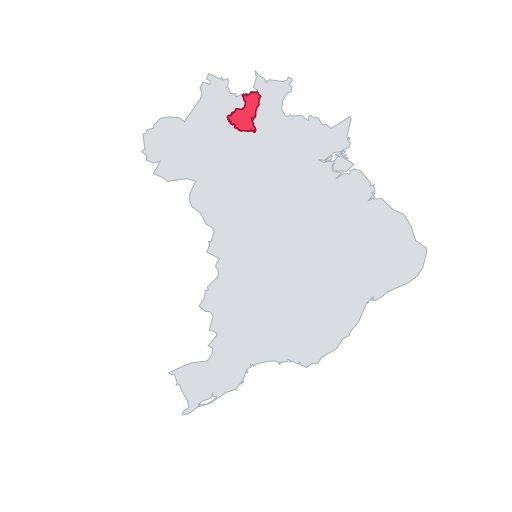 location of Barcelos, Amazonas, Brazil, rotated 26°
{"feature_id": "56859067B95046472624752", "entity_name": "Barcelos", "entity_type": "district", "adm_level": 2, "iso_a3": "BRA", "parent_name": "Brazil", "parent_adm1": "Amazonas", "projection": "robinson", "projection_center": [-63.596, -0.141], "detail": "fine", "context": "in_parent", "style": "filled", "palette": "rose", "viewbox_px": 512, "rotation_deg": 26, "n_neighbors": 0, "source": "geoboundaries", "source_scale": "gbopen_adm2", "svg_char_len": 8991}
<svg xmlns="http://www.w3.org/2000/svg" viewBox="0 0 512 512"><g transform="rotate(26 256 256)"><path d="M157.3,117.0L161.5,121.1L166.7,119.2L168.4,121.8L171.3,118.1L178.4,114.3L180.0,110.7L184.6,108.7L184.9,106.4L179.7,105.5L178.3,95.8L173.8,89.6L179.9,92.7L185.3,92.6L189.1,95.7L190.3,91.9L203.8,87.3L206.8,84.1L206.6,81.1L210.6,81.0L211.8,82.4L210.6,87.3L214.1,88.7L215.3,92.7L212.9,95.8L211.8,103.9L214.4,112.3L220.8,117.2L223.6,116.5L225.0,113.8L227.4,114.4L234.6,109.9L243.8,111.3L242.4,107.7L243.8,105.4L245.6,106.4L251.6,104.7L258.3,109.0L261.2,106.9L267.6,108.4L279.4,89.3L281.3,91.2L285.4,108.8L287.4,111.6L291.4,113.1L291.9,117.6L285.1,126.0L281.0,128.8L275.4,140.3L270.0,141.9L275.6,142.3L284.0,136.4L285.6,143.8L287.9,146.1L296.5,143.6L293.9,151.9L297.3,145.2L301.3,141.4L303.3,142.5L304.2,141.3L303.4,138.3L306.1,134.6L312.8,133.8L327.1,140.2L328.1,143.4L330.1,141.2L333.5,143.7L334.4,146.4L332.6,148.4L333.4,149.3L335.2,147.5L335.6,149.3L334.0,151.1L332.9,156.8L335.1,154.5L336.8,150.2L337.1,153.2L343.5,149.3L358.6,154.2L370.6,153.7L382.4,161.4L392.6,172.1L405.4,174.1L407.9,178.0L411.0,193.5L409.6,203.5L404.4,213.7L390.2,230.4L390.2,229.1L387.4,236.7L382.9,243.4L380.8,244.4L379.4,241.4L378.1,242.9L376.0,250.0L377.1,270.5L374.2,282.3L374.4,287.0L370.4,291.9L369.0,303.8L359.3,318.7L358.7,325.6L353.1,328.4L350.3,334.1L343.2,334.3L341.7,332.1L341.1,334.5L330.2,335.1L330.6,337.0L323.6,341.8L319.6,341.7L312.6,345.7L303.7,352.8L302.0,356.3L300.5,355.0L299.8,356.5L297.9,355.8L300.4,357.9L298.3,360.1L297.5,363.9L298.7,372.2L296.4,384.6L288.9,391.7L279.4,408.7L270.6,416.4L270.5,413.9L276.6,410.7L282.2,401.4L282.4,399.7L278.9,400.7L276.9,397.7L277.9,400.7L276.8,404.2L271.4,409.9L269.5,414.4L269.9,416.9L265.7,425.6L260.1,431.0L258.9,430.3L259.1,425.9L262.2,422.0L257.6,415.9L247.1,408.9L244.0,405.1L240.9,407.1L240.6,404.4L234.8,398.4L231.8,400.0L228.8,399.1L242.2,382.8L243.8,382.9L243.5,381.3L258.2,371.6L259.6,363.5L257.1,357.7L252.5,357.7L255.6,344.0L252.7,341.9L246.5,343.1L243.8,328.8L238.8,326.3L234.9,328.0L226.8,326.0L228.1,316.6L225.6,309.1L228.0,307.4L225.9,305.3L230.9,291.6L228.4,285.3L224.0,282.8L224.4,274.3L210.1,274.1L209.6,267.0L206.9,263.6L209.4,263.5L207.6,251.9L203.1,249.2L197.5,249.5L187.4,241.8L176.8,239.7L172.3,235.6L169.1,229.0L169.1,215.2L159.8,216.9L143.6,227.8L138.8,226.4L127.7,226.9L128.4,212.8L122.9,217.5L115.5,217.9L113.9,213.4L107.3,212.5L109.2,208.8L101.0,195.9L103.2,193.7L102.9,190.0L107.8,186.1L107.0,182.8L109.7,174.0L117.9,168.5L126.2,165.5L132.8,166.6L137.2,138.7L135.4,132.6L131.9,129.3L132.1,122.8L139.2,122.1L137.9,118.6L133.7,118.5L133.7,112.7L147.0,112.6L146.8,110.2L148.9,112.3L153.1,109.0L155.3,112.7L155.6,117.4L157.3,117.0ZM289.2,129.1L303.9,130.7L300.3,140.5L297.7,140.7L297.2,142.4L295.0,141.6L292.6,144.1L287.1,144.1L285.1,139.1L286.5,137.9L284.8,136.1L286.0,130.5L289.2,129.1ZM276.6,140.9L278.9,133.8L281.2,132.9L281.0,137.2L276.6,140.9ZM293.2,125.6L291.8,128.2L288.4,127.6L289.0,125.9L293.2,125.6ZM288.2,122.7L287.6,128.1L286.2,127.5L288.2,122.7ZM295.5,129.0L293.4,129.3L292.5,128.9L295.1,127.3L295.5,129.0ZM286.0,129.2L283.8,131.0L282.9,130.0L284.5,128.5L286.0,129.2ZM289.9,124.5L288.9,123.4L290.7,122.3L290.8,123.3L289.9,124.5ZM288.7,110.6L287.5,110.9L287.2,108.9L288.4,108.8L288.7,110.6ZM299.1,377.4L298.7,375.7L299.7,374.1L300.0,374.5L299.1,377.4ZM324.8,341.1L325.1,343.0L323.6,342.6L324.8,341.1ZM298.7,365.1L298.1,364.1L299.1,363.0L299.4,363.5L298.7,365.1ZM334.8,153.3L333.9,155.3L334.8,152.4L334.8,153.3ZM380.0,244.7L378.5,245.3L379.5,243.7L380.0,244.7ZM334.1,335.8L332.6,336.5L332.3,336.1L333.2,335.2L334.1,335.8ZM377.5,248.4L376.9,249.5L376.6,248.8L377.5,248.4ZM330.9,139.4L331.0,140.5L330.6,140.3L330.9,139.4Z" fill="#d9dde1" stroke="#a8b0b8" stroke-width="1"/><path d="M173.8,134.8L173.7,134.9L173.8,135.2L173.7,135.2L173.6,135.4L173.3,135.6L173.4,135.9L173.5,135.9L173.4,136.2L173.2,136.4L173.3,136.6L173.2,136.8L173.2,137.0L173.0,137.3L172.7,137.1L172.4,137.3L172.5,137.3L172.4,137.5L172.3,137.4L172.3,137.5L172.4,138.0L172.4,138.3L172.3,138.5L171.8,138.6L171.9,138.8L171.9,139.0L171.6,139.2L171.8,139.5L171.6,139.6L171.5,140.1L171.6,140.3L171.8,140.5L171.5,140.9L171.6,141.0L171.4,141.0L171.0,141.1L170.6,141.1L170.5,141.3L170.3,141.3L170.1,141.4L169.9,141.4L169.8,141.8L169.1,143.1L169.2,143.3L169.3,143.4L169.4,143.7L169.6,143.7L169.7,144.0L169.8,144.0L170.3,144.0L170.6,144.2L170.7,144.6L170.7,145.4L170.8,145.6L171.1,145.7L171.5,145.6L172.1,145.1L172.4,144.9L172.6,145.0L172.5,145.9L172.7,146.3L172.7,147.0L173.0,146.9L173.3,146.7L173.6,146.7L173.9,146.4L174.5,146.1L174.6,146.5L174.4,147.1L174.5,147.4L174.8,147.7L174.8,147.9L175.0,147.9L175.2,148.1L175.3,148.0L175.6,148.1L175.9,148.2L176.1,147.7L176.8,147.8L177.2,148.4L177.4,148.5L177.6,148.3L177.8,147.9L178.0,147.8L178.1,147.0L178.5,146.9L178.7,147.2L178.8,147.5L179.0,147.6L179.5,147.7L179.8,147.4L180.0,147.4L180.0,147.7L180.1,147.9L180.0,148.9L180.3,149.3L180.3,149.8L180.4,150.0L181.1,150.0L181.4,149.8L182.1,149.9L182.3,149.8L182.4,149.4L182.9,149.5L183.4,149.2L183.8,149.5L184.2,149.4L184.3,149.5L184.5,150.1L184.9,150.4L185.1,150.4L185.7,149.8L186.1,150.3L186.7,150.4L187.3,150.3L187.7,150.3L187.7,150.0L187.9,150.1L188.1,149.9L188.8,149.7L189.2,149.0L189.6,148.9L189.9,148.6L190.2,148.5L190.8,148.6L191.0,148.5L191.5,148.4L192.3,147.9L193.1,147.7L193.4,147.5L193.4,147.3L193.5,147.3L193.8,147.2L194.0,147.2L194.1,147.3L194.3,147.1L194.7,147.2L194.8,146.9L195.0,146.7L195.3,146.5L195.3,146.3L195.4,146.0L195.6,145.7L195.8,146.0L196.0,146.2L196.3,145.7L196.5,145.6L196.4,145.5L196.4,145.4L196.5,145.5L196.6,145.3L196.9,145.2L196.9,145.4L197.1,145.4L197.5,145.5L197.8,145.3L198.0,145.0L198.2,144.9L198.3,145.0L198.5,145.0L198.6,144.8L198.7,144.5L198.8,144.4L198.8,144.5L199.1,144.5L199.2,144.9L199.3,144.8L199.6,144.8L199.6,145.0L199.9,145.7L200.3,145.5L200.2,145.1L200.8,145.0L200.5,143.9L200.6,143.3L200.5,142.6L200.2,142.4L200.1,142.2L199.5,141.7L199.2,141.2L198.9,140.9L197.6,140.4L197.3,140.6L196.8,140.5L196.7,140.1L196.3,139.7L196.2,139.2L195.7,138.1L195.4,137.9L195.1,137.9L195.0,137.7L194.9,137.3L194.6,137.0L194.4,137.0L194.3,136.8L193.9,136.8L193.8,136.6L193.6,136.5L193.1,135.9L193.0,135.5L192.8,135.4L192.4,135.2L192.4,135.3L192.2,135.1L191.9,134.8L192.0,134.8L191.9,134.4L192.1,134.1L192.5,134.2L192.7,134.5L192.9,134.3L193.1,134.3L193.0,134.2L193.3,134.0L193.3,133.9L193.5,133.9L193.7,133.7L193.6,133.4L193.5,133.2L193.4,132.9L193.6,132.8L193.5,132.6L193.7,132.4L193.8,132.2L193.7,132.0L193.9,132.0L194.2,131.7L194.3,131.5L194.3,131.3L194.4,131.2L194.5,130.9L194.2,130.8L194.0,130.7L193.9,130.4L194.0,130.3L194.0,130.2L193.9,129.9L194.0,129.5L193.7,129.3L193.4,128.9L193.4,128.6L193.4,128.4L193.2,127.8L193.0,127.5L192.7,127.3L192.6,127.1L192.5,126.5L192.3,126.1L192.2,125.5L192.3,125.2L192.2,125.0L192.4,124.6L192.1,123.9L191.8,124.0L191.7,123.4L191.8,122.8L191.7,121.9L192.0,121.3L192.3,121.0L192.1,120.2L192.4,119.3L192.1,118.8L192.2,118.3L191.8,118.3L191.6,117.9L190.9,115.2L190.2,114.6L190.1,114.3L189.5,113.7L189.6,113.3L190.2,112.6L190.1,111.7L190.4,111.2L190.3,110.6L190.1,110.4L189.5,110.1L189.3,109.9L188.4,109.8L187.8,109.9L187.6,109.8L187.2,109.3L186.9,108.8L186.9,108.6L186.7,108.4L185.8,108.7L185.5,108.6L185.1,108.1L184.9,108.3L184.9,108.6L184.7,108.9L184.3,108.8L184.1,109.0L183.8,108.9L183.5,108.9L183.1,109.1L182.9,109.4L182.8,109.5L182.7,109.9L182.4,109.6L182.1,109.9L182.1,110.1L181.8,110.2L181.5,110.1L181.4,110.3L181.2,110.2L180.9,110.1L180.7,110.2L180.3,110.1L179.9,110.5L179.6,110.7L179.5,111.4L179.6,111.5L179.5,112.2L179.6,112.7L179.3,113.5L179.1,113.8L178.9,113.8L178.7,113.9L178.5,114.3L178.4,114.5L178.1,114.5L177.7,114.8L177.5,115.1L177.5,115.4L177.4,115.6L177.4,115.8L177.2,115.5L176.9,115.5L177.1,114.9L177.3,114.5L177.3,114.4L176.9,114.3L176.6,114.8L176.5,114.7L176.1,115.1L175.9,115.0L175.7,115.3L175.5,115.7L175.5,115.8L175.4,116.0L175.0,116.2L174.8,116.4L174.6,116.5L174.5,116.4L174.3,116.9L174.2,117.0L173.8,116.6L173.7,116.2L173.5,116.6L173.2,117.3L173.5,117.4L173.6,117.7L173.9,117.9L174.0,118.2L174.3,118.3L174.5,118.7L174.9,118.8L175.0,118.7L175.1,118.8L175.3,119.1L175.6,119.6L175.8,119.9L176.0,120.0L176.3,120.3L176.5,120.3L176.6,120.8L176.9,120.9L176.9,121.0L177.1,121.1L177.3,121.4L177.5,121.4L177.6,121.6L177.8,121.5L178.0,121.7L178.2,121.9L178.5,122.1L178.8,122.0L178.9,122.4L179.3,122.6L179.3,122.8L179.7,123.7L179.6,124.2L179.8,124.5L179.9,124.9L180.0,124.9L180.0,125.1L179.9,125.2L179.9,125.4L180.0,125.4L179.9,125.6L180.2,126.0L180.1,126.3L180.4,126.7L180.3,126.8L180.2,127.0L180.1,127.4L180.2,127.6L180.2,128.0L179.9,128.4L179.9,129.0L179.7,128.9L179.6,129.1L179.3,129.3L179.2,129.2L179.1,129.4L179.4,129.6L179.5,129.8L179.3,130.2L179.4,130.3L179.3,130.6L178.2,131.0L177.5,131.0L176.6,131.1L176.3,131.5L175.8,131.5L175.2,131.8L174.9,131.8L174.5,132.1L174.0,132.1L173.6,132.5L173.6,132.9L173.5,133.0L173.5,133.4L173.7,133.5L173.6,133.9L173.7,134.0L173.8,134.2L173.7,134.3L173.8,134.6L173.7,134.7L173.8,134.8Z" fill="#f43f5e" stroke="#9f1239" stroke-width="1.5"/></g></svg>